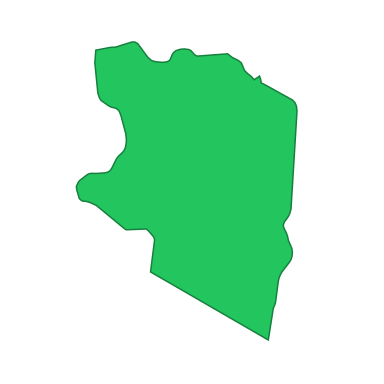 the Province of Eastern Highlands, rotated 353°
{"feature_id": "PNG-1243", "entity_name": "Eastern Highlands", "entity_type": "Province", "adm_level": 1, "iso_a3": "PNG", "parent_name": "Papua New Guinea", "parent_adm1": "", "projection": "robinson", "projection_center": [145.54, -6.548], "detail": "fine", "context": "isolated", "style": "filled", "palette": "green", "viewbox_px": 384, "rotation_deg": 353, "n_neighbors": 0, "source": "natural_earth", "source_scale": "10m", "svg_char_len": 1477}
<svg xmlns="http://www.w3.org/2000/svg" viewBox="0 0 384 384"><g transform="rotate(353 192 192)"><path d="M150.5,35.8L153.5,36.1L156.2,38.1L164.6,53.0L168.0,56.7L172.2,58.4L179.0,59.8L183.1,59.7L185.8,58.7L187.6,56.0L188.9,53.5L190.7,51.4L193.3,49.7L198.1,48.9L202.0,49.1L206.1,50.2L208.2,51.5L211.0,55.7L212.7,57.3L214.5,57.8L240.6,59.0L241.2,59.1L244.1,59.1L248.3,63.3L254.0,67.1L256.7,69.8L259.0,77.9L261.7,81.3L264.8,84.4L267.4,88.2L268.7,87.4L271.9,85.9L273.1,85.1L273.9,88.7L274.0,92.1L277.0,94.1L303.0,113.0L305.0,115.7L306.1,119.3L306.1,124.4L288.2,220.9L286.7,224.7L284.7,228.0L280.1,233.0L278.8,235.2L278.6,237.9L279.4,240.6L280.6,243.8L281.4,247.4L281.8,251.9L284.2,259.9L284.3,264.1L283.4,268.2L281.8,271.5L280.0,273.7L271.8,282.0L269.5,285.1L267.8,288.3L266.8,291.1L261.5,311.5L260.5,314.0L259.2,316.1L258.3,318.1L249.7,348.2L141.1,266.3L148.8,235.9L149.0,233.4L147.9,231.0L143.9,225.1L142.7,223.7L141.5,223.1L122.2,221.5L120.9,220.6L95.5,193.8L90.9,190.8L88.0,189.3L85.0,188.2L82.4,187.7L80.8,186.6L79.3,184.7L77.9,176.0L77.9,172.4L80.1,168.8L81.9,166.9L90.3,161.9L92.7,161.2L95.5,161.3L98.6,161.9L108.1,162.4L111.0,162.0L113.3,160.8L115.4,158.4L121.1,149.8L123.6,147.3L127.9,144.2L129.7,142.4L131.4,139.5L132.5,136.0L133.2,132.5L133.4,126.2L130.7,107.0L129.6,103.0L127.8,100.5L126.1,99.4L121.9,97.8L120.0,96.5L112.9,90.1L111.5,86.9L110.6,82.4L111.3,51.8L113.8,39.5L128.7,38.5L133.8,38.9L150.5,35.8Z" fill="#22c55e" stroke="#15803d" stroke-width="1.5"/></g></svg>